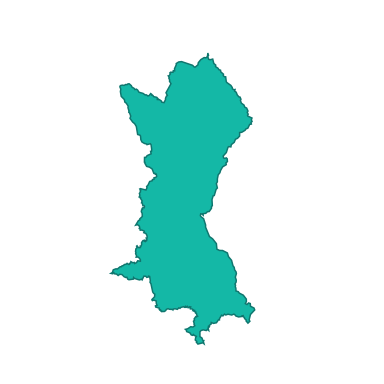 Ataco, Tolima, Colombia, rotated 121°
{"feature_id": "7082276B46910600615259", "entity_name": "Ataco", "entity_type": "district", "adm_level": 2, "iso_a3": "COL", "parent_name": "Colombia", "parent_adm1": "Tolima", "projection": "mercator", "projection_center": [-75.445, 3.437], "detail": "fine", "context": "isolated", "style": "filled", "palette": "teal", "viewbox_px": 384, "rotation_deg": 121, "n_neighbors": 0, "source": "geoboundaries", "source_scale": "gbopen_adm2", "svg_char_len": 6081}
<svg xmlns="http://www.w3.org/2000/svg" viewBox="0 0 384 384"><g transform="rotate(121 192 192)"><path d="M151.2,291.0L152.7,290.3L155.1,287.7L156.2,287.3L156.5,286.1L158.5,283.6L160.8,283.1L162.6,278.9L163.0,276.3L164.5,273.5L170.7,268.2L170.1,265.9L170.5,265.0L173.5,262.8L174.9,260.7L174.9,257.8L174.2,255.6L174.6,255.0L172.1,252.6L172.5,251.5L176.2,248.5L177.9,247.7L178.5,248.4L180.3,246.7L183.9,249.2L186.1,249.4L186.8,250.5L190.9,248.2L190.8,247.6L191.7,247.1L193.4,244.1L192.6,241.2L192.8,238.0L195.7,234.3L195.1,233.4L195.7,232.6L195.1,231.8L196.8,230.3L198.2,230.6L199.3,231.9L200.7,231.1L201.7,232.3L202.8,231.9L204.8,233.7L208.6,233.3L210.7,233.7L211.5,232.8L214.0,232.5L215.7,238.0L216.3,238.3L216.9,236.9L217.8,237.0L218.4,236.2L220.3,236.4L221.6,235.0L223.5,234.7L223.2,233.3L223.8,233.2L225.3,230.2L227.3,229.7L227.1,228.9L229.0,227.1L228.3,226.0L229.1,225.1L230.2,224.9L230.6,225.9L231.8,226.3L232.4,225.5L233.3,226.0L235.0,225.3L236.0,223.7L238.6,222.0L241.9,222.9L242.8,222.4L244.1,223.2L249.4,223.2L248.1,222.0L248.3,219.7L249.3,218.6L250.4,218.4L250.2,217.8L251.4,216.7L250.5,215.5L250.1,213.0L250.5,212.5L251.7,212.4L251.3,210.2L252.4,208.3L253.7,207.2L254.6,206.9L255.1,207.5L255.8,206.3L256.9,205.9L257.3,206.6L257.9,206.2L258.6,206.5L258.7,207.4L257.8,207.9L258.9,209.0L261.3,209.2L263.0,208.1L264.4,207.9L265.1,208.5L265.5,207.8L266.4,207.8L267.3,209.5L266.4,211.4L267.0,211.6L267.7,210.5L269.7,210.8L272.2,209.7L273.0,208.7L273.9,208.6L275.3,206.6L276.6,206.3L275.6,205.0L275.8,203.1L276.7,201.3L277.9,200.6L278.9,203.1L281.1,203.2L282.8,204.3L282.1,205.2L283.1,206.2L283.2,208.5L284.4,208.0L285.4,208.8L286.2,208.3L286.8,209.1L286.6,210.9L287.6,211.1L289.1,212.7L290.3,212.9L291.4,214.0L292.3,214.0L293.1,215.1L296.4,216.3L297.0,217.6L299.2,219.4L302.1,218.8L303.5,219.6L302.9,217.8L301.7,218.0L301.4,217.6L302.0,216.1L301.2,214.4L301.6,212.3L299.7,211.5L298.8,209.4L299.6,206.6L299.4,204.8L298.6,203.9L299.8,202.2L299.7,200.9L296.8,197.3L295.4,198.0L295.7,196.8L294.8,193.0L294.3,191.6L292.7,190.4L293.0,189.5L288.9,189.9L288.0,188.2L288.5,186.8L287.2,185.5L286.5,185.9L286.2,184.8L289.4,182.1L291.0,181.5L291.8,179.9L297.9,174.2L298.7,172.5L298.7,171.3L301.2,170.1L304.8,171.0L305.2,170.7L305.5,170.0L304.4,169.1L303.8,166.7L306.0,165.1L307.1,163.6L308.4,164.7L309.3,163.9L308.4,160.2L309.5,159.6L309.8,158.7L309.2,158.3L310.1,157.2L309.7,156.7L310.1,156.4L308.7,154.2L307.3,153.5L305.8,153.5L304.3,152.4L304.2,151.1L302.7,148.2L302.9,147.6L302.0,147.7L300.8,146.4L300.1,144.1L298.0,143.6L297.9,142.4L296.7,142.1L294.4,139.9L294.8,139.2L294.2,138.2L293.4,138.5L293.5,137.3L292.5,137.2L293.2,135.7L291.5,134.9L291.2,133.9L292.6,133.8L293.1,133.2L292.2,131.7L292.3,130.2L293.1,130.2L292.4,129.0L293.1,129.0L292.8,127.9L293.6,127.1L293.2,126.7L293.9,126.4L294.0,125.4L295.2,124.4L295.6,123.2L296.9,124.0L296.9,124.6L299.7,124.8L300.6,123.8L302.0,124.2L303.6,122.3L304.2,122.3L305.2,120.7L307.3,121.7L308.1,123.7L311.5,125.3L313.1,126.9L313.3,125.7L314.4,124.7L313.8,121.3L314.9,119.0L314.5,117.6L313.4,117.3L313.8,116.4L313.5,113.9L314.9,113.9L317.2,113.0L317.6,111.0L318.5,110.9L319.3,108.6L315.7,105.1L315.9,103.6L314.3,105.3L313.4,105.4L313.8,106.0L312.0,108.3L311.9,110.7L307.7,113.2L306.1,112.9L304.4,111.4L303.4,108.4L301.9,108.0L302.1,106.4L300.2,108.2L299.0,107.8L298.7,108.5L298.2,107.9L297.6,108.5L295.3,107.6L293.9,108.3L293.6,106.0L291.5,103.7L287.9,103.5L287.5,102.6L286.4,103.2L282.4,103.2L282.3,101.7L280.0,101.3L280.0,99.7L278.2,98.2L277.0,94.6L275.2,93.3L275.0,92.4L275.7,90.6L275.1,87.7L273.0,85.1L272.4,85.4L271.6,84.5L272.5,83.9L272.6,82.4L273.4,81.8L273.8,79.6L274.7,79.2L275.6,76.5L273.0,75.8L272.1,77.2L266.9,78.8L260.8,77.5L259.5,79.1L259.8,83.0L257.6,84.6L258.0,86.4L260.1,86.9L260.2,88.8L257.8,89.0L255.8,90.3L254.0,94.9L254.3,99.4L253.6,101.0L254.2,103.3L251.7,105.0L251.0,106.1L249.4,106.7L248.8,107.8L246.5,107.8L244.7,108.7L242.7,111.0L239.1,111.9L237.7,113.2L236.8,115.3L234.8,117.1L234.1,118.9L230.2,122.9L228.6,127.5L226.0,130.3L226.4,135.7L227.9,138.3L228.2,141.2L223.7,144.5L221.5,150.3L221.2,154.1L215.1,162.3L213.3,163.3L208.9,168.3L208.5,171.8L207.9,172.7L206.2,173.3L205.8,172.4L206.1,170.5L204.9,171.4L203.2,169.2L200.9,168.6L199.9,167.2L196.0,166.9L194.4,167.8L193.3,167.5L188.3,170.9L184.5,171.9L183.5,171.1L177.4,172.7L175.5,172.3L172.2,175.5L170.2,175.5L167.7,177.0L163.8,178.4L161.1,178.0L158.9,178.6L154.7,178.7L150.9,176.7L149.5,177.9L147.7,177.3L145.4,178.9L145.1,180.2L146.3,181.2L146.5,182.5L145.1,183.8L140.5,182.9L135.1,184.2L134.2,183.9L133.3,181.9L131.1,182.7L127.7,181.4L124.4,181.9L122.5,180.6L119.5,180.0L116.5,181.8L115.2,180.1L111.8,178.3L110.3,178.3L108.5,177.0L104.4,177.4L103.2,176.1L101.9,177.3L100.7,176.8L99.5,178.3L97.7,178.7L98.2,183.3L97.6,183.9L96.4,183.9L95.2,185.8L93.8,185.7L91.9,188.4L92.1,190.5L90.7,192.2L90.4,195.5L88.5,197.7L87.3,197.8L85.9,199.7L86.3,200.8L85.5,203.2L83.7,205.5L83.6,207.4L82.0,207.9L82.7,208.7L82.8,210.4L81.7,211.3L80.6,213.6L80.2,218.6L79.7,219.5L75.9,222.5L76.5,223.4L76.2,225.1L74.8,225.7L74.2,229.2L72.9,230.3L73.3,231.9L72.5,233.5L72.4,236.4L71.0,237.0L70.6,239.5L67.4,242.7L69.3,244.6L69.7,246.1L67.8,248.2L66.4,248.2L64.7,250.0L67.3,248.8L69.0,248.7L69.9,249.4L70.5,250.8L73.9,252.6L77.9,253.2L80.0,252.4L83.1,253.5L83.7,254.4L83.1,256.8L85.6,268.1L87.4,270.4L90.0,271.7L91.1,271.0L95.3,270.5L97.1,269.3L97.7,270.5L99.2,270.0L100.4,272.1L101.4,272.3L101.9,271.4L104.2,271.5L104.7,272.1L105.6,270.5L106.3,270.5L107.5,268.8L108.6,268.4L110.0,265.8L120.3,265.4L122.0,262.8L123.0,263.3L125.3,263.0L126.4,262.3L129.8,262.0L130.6,264.2L129.8,265.1L129.6,267.5L130.6,269.4L130.2,269.7L129.5,269.3L129.0,271.0L130.0,274.0L129.4,275.1L129.7,276.3L129.1,276.5L128.9,278.1L131.4,278.4L132.4,279.3L132.2,281.0L132.9,282.2L132.7,284.8L133.8,288.8L132.6,291.2L132.5,292.7L133.6,293.7L133.0,294.9L133.0,297.5L132.1,298.8L131.6,301.5L132.3,302.6L133.4,302.9L134.0,304.2L135.6,305.1L136.3,306.8L137.7,308.2L139.0,308.0L140.5,306.0L142.8,305.1L146.5,301.9L147.6,297.6L149.5,295.9L149.7,294.2L151.2,291.0Z" fill="#14b8a6" stroke="#0f766e" stroke-width="1.5"/></g></svg>